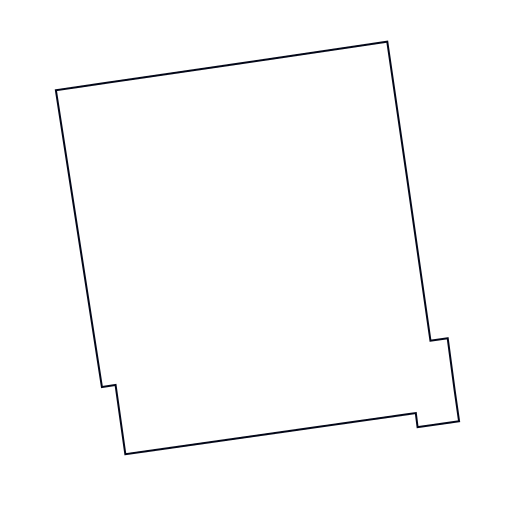 outline of Polk, Missouri, United States of America, rotated 170°
{"feature_id": "52423323B27276751981005", "entity_name": "Polk", "entity_type": "district", "adm_level": 2, "iso_a3": "USA", "parent_name": "United States of America", "parent_adm1": "Missouri", "projection": "albers", "projection_center": [-93.444, 37.623], "detail": "fine", "context": "isolated", "style": "outline", "palette": "ink", "viewbox_px": 512, "rotation_deg": 170, "n_neighbors": 0, "source": "geoboundaries", "source_scale": "gbopen_adm2", "svg_char_len": 346}
<svg xmlns="http://www.w3.org/2000/svg" viewBox="0 0 512 512"><g transform="rotate(170 256 256)"><path d="M424.3,454.0L430.5,153.7L416.7,153.4L419.1,83.5L125.9,73.6L126.6,59.4L84.7,58.0L83.7,89.1L81.5,141.7L98.9,142.3L95.5,248.8L93.7,304.7L89.5,444.3L229.9,448.2L371.9,452.5L424.3,454.0Z" fill="none" stroke="#020617" stroke-width="2"/></g></svg>